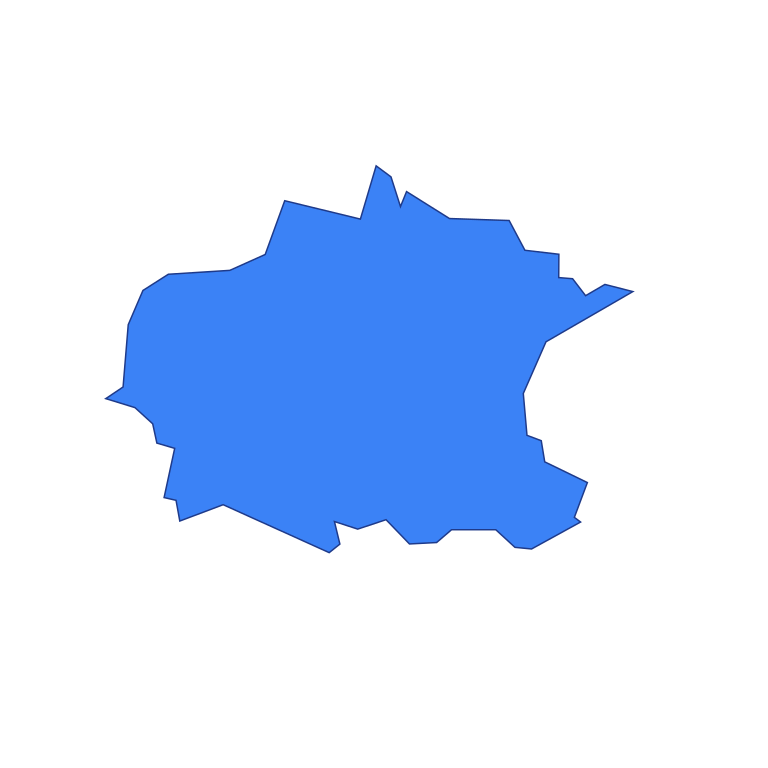 the Union Territory of Himachal Pradesh, rotated 315°
{"feature_id": "IND-2429", "entity_name": "Himachal Pradesh", "entity_type": "Union Territory", "adm_level": 1, "iso_a3": "IND", "parent_name": "India", "parent_adm1": "", "projection": "orthographic", "projection_center": [77.297, 31.808], "detail": "coarse", "context": "isolated", "style": "filled", "palette": "blue", "viewbox_px": 768, "rotation_deg": 315, "n_neighbors": 0, "source": "natural_earth", "source_scale": "10m", "svg_char_len": 771}
<svg xmlns="http://www.w3.org/2000/svg" viewBox="0 0 768 768"><g transform="rotate(315 384 384)"><path d="M536.0,263.9L547.3,313.3L588.1,356.9L578.2,389.1L599.4,415.9L582.8,432.3L591.8,442.9L589.0,464.1L610.6,469.8L625.3,494.6L528.4,468.7L475.8,489.2L448.8,521.4L455.1,535.3L442.6,552.7L458.1,597.5L424.3,612.9L425.4,620.6L371.7,605.0L361.1,592.1L360.0,566.1L328.7,534.8L309.1,533.3L288.9,515.1L289.5,481.4L262.8,468.0L251.7,446.2L239.6,466.0L226.0,464.5L184.9,355.6L142.7,336.5L154.7,319.2L148.2,308.8L190.5,281.5L181.6,265.2L192.3,248.6L191.2,224.6L176.9,197.6L197.4,201.6L245.1,161.2L279.7,147.4L309.1,153.9L355.3,194.6L391.6,208.4L443.4,184.2L483.9,250.7L532.7,224.2L535.4,242.5L521.1,270.2L536.0,263.9Z" fill="#3b82f6" stroke="#1e3a8a" stroke-width="1.5"/></g></svg>